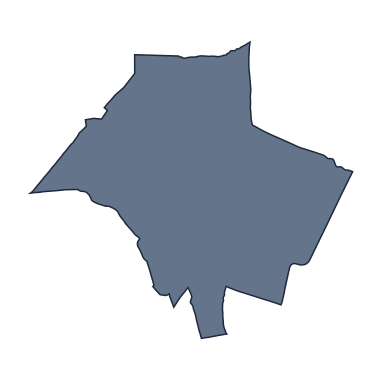 Tocatlán, Tlaxcala, Mexico, rotated 267°
{"feature_id": "50627088B10833441398777", "entity_name": "Tocatlán", "entity_type": "district", "adm_level": 2, "iso_a3": "MEX", "parent_name": "Mexico", "parent_adm1": "Tlaxcala", "projection": "mercator", "projection_center": [-98.02, 19.391], "detail": "fine", "context": "isolated", "style": "filled", "palette": "slate", "viewbox_px": 384, "rotation_deg": 267, "n_neighbors": 0, "source": "geoboundaries", "source_scale": "gbopen_adm2", "svg_char_len": 4620}
<svg xmlns="http://www.w3.org/2000/svg" viewBox="0 0 384 384"><g transform="rotate(267 192 192)"><path d="M332.1,141.9L313.4,141.0L300.0,129.4L297.3,126.1L294.9,122.9L292.7,120.2L289.7,117.4L287.1,114.9L284.6,112.2L282.9,110.7L280.8,108.8L277.9,111.8L269.6,105.5L269.7,104.5L270.7,97.6L270.6,97.2L270.5,96.6L269.7,89.3L265.3,89.7L263.1,89.9L258.0,84.0L257.2,82.8L253.0,80.1L251.3,78.6L247.0,75.3L246.2,74.0L241.7,69.8L240.7,69.2L236.0,64.6L235.5,64.5L230.6,59.9L225.2,55.2L224.7,54.4L220.3,50.7L214.4,45.1L203.6,35.3L200.9,32.9L199.3,30.5L199.7,35.4L199.6,39.0L200.1,43.4L200.4,55.3L200.6,61.0L200.9,65.6L200.5,77.6L199.7,79.1L198.8,80.5L198.5,81.4L198.5,82.3L198.3,83.6L197.4,86.3L196.8,87.1L196.2,87.5L194.1,89.3L192.3,90.2L189.9,91.0L188.9,91.4L188.1,92.3L187.0,93.9L185.1,97.4L184.7,98.8L182.4,104.8L182.3,105.6L182.3,107.0L182.0,108.2L181.8,109.0L181.1,110.1L180.0,112.4L178.7,114.3L177.4,115.8L176.7,116.5L176.0,116.9L174.3,117.6L172.3,118.6L170.2,119.9L164.2,124.2L164.0,123.9L160.4,126.8L156.4,130.0L154.9,131.1L153.7,132.0L152.2,133.1L150.7,134.9L148.8,136.9L148.1,137.3L147.7,137.1L145.5,135.4L144.8,135.1L144.2,134.9L143.4,134.7L142.6,134.8L140.3,135.0L139.9,135.5L139.2,135.8L138.0,136.3L137.0,136.8L135.5,137.5L134.6,137.8L133.1,138.4L131.5,139.0L129.5,139.6L129.2,139.8L128.5,140.2L126.1,142.1L125.7,142.7L125.6,143.2L121.8,144.1L120.6,144.5L119.5,144.8L113.4,146.3L110.8,146.8L109.4,147.2L107.3,147.6L106.0,148.0L102.8,148.7L100.8,149.2L100.4,148.9L99.7,147.9L97.6,149.5L95.2,151.3L91.2,154.7L91.0,155.3L91.0,155.6L90.8,156.4L90.4,158.5L90.1,159.8L90.0,160.6L90.4,161.9L91.2,163.3L91.5,164.0L90.8,164.0L90.3,164.1L89.2,164.2L77.9,167.8L83.8,172.0L85.2,173.0L87.0,174.4L88.7,175.8L90.6,177.5L91.5,178.5L91.8,178.7L93.1,179.8L95.7,182.0L96.8,183.1L94.8,183.8L91.6,185.1L90.0,185.7L87.8,186.3L87.1,186.3L86.8,186.2L82.3,184.6L81.8,184.6L81.4,184.7L78.8,186.5L78.5,186.7L78.0,186.9L77.5,187.0L77.0,187.0L76.5,187.1L75.9,187.2L75.3,187.3L73.7,187.8L71.6,188.3L69.7,188.9L67.2,189.3L66.8,189.4L65.1,189.6L62.8,190.0L60.4,190.5L57.8,191.0L53.8,191.7L50.1,192.7L48.3,193.1L45.3,193.7L45.3,194.0L45.5,195.5L45.7,196.6L45.8,198.0L45.9,199.0L46.1,201.5L46.5,204.4L47.2,209.4L47.8,214.4L48.2,217.6L48.3,218.2L48.3,218.7L48.4,218.9L48.4,219.3L49.5,218.6L54.3,217.1L55.7,216.7L58.2,216.4L59.4,216.4L61.4,216.4L64.4,216.3L66.3,216.3L68.2,216.3L69.8,216.5L71.2,216.4L73.0,216.2L74.0,216.4L76.1,216.5L78.1,216.7L79.7,216.9L80.8,217.4L81.8,217.8L84.2,217.6L85.3,217.8L86.3,218.5L87.4,219.1L88.3,219.1L89.1,218.9L90.4,219.2L91.5,219.6L93.4,220.3L94.4,220.6L95.8,221.1L95.7,221.4L95.6,221.8L95.5,222.3L94.4,224.2L93.3,226.7L92.4,228.7L90.1,234.0L88.9,237.5L86.3,244.4L84.2,249.9L81.5,257.1L81.0,258.4L80.4,260.0L79.3,263.3L78.0,266.3L77.1,269.0L74.6,274.9L76.5,275.8L78.9,276.6L85.5,278.5L88.0,279.1L91.6,280.0L92.5,280.3L98.5,281.9L100.9,282.6L107.2,284.3L112.0,285.8L112.6,286.0L113.5,286.7L114.0,287.2L115.0,288.6L115.2,290.4L115.0,291.7L114.6,292.7L114.1,294.4L113.5,296.4L113.4,298.1L113.5,299.6L113.7,300.8L114.0,301.8L114.9,303.3L116.6,305.1L118.3,306.2L121.0,307.7L129.0,312.1L136.1,316.0L144.9,320.9L153.0,325.4L179.3,339.7L203.9,353.5L205.1,350.8L205.7,348.6L206.0,346.9L206.3,345.7L207.0,344.9L207.9,344.0L208.5,343.3L209.1,342.5L209.4,341.5L209.4,338.6L209.7,338.0L210.3,337.3L211.6,336.7L213.5,336.1L215.2,335.6L216.7,335.0L217.6,334.3L217.9,333.4L218.1,331.6L218.2,330.0L218.6,329.1L219.9,327.7L220.9,326.7L221.7,325.5L222.3,324.1L225.4,316.4L227.6,310.5L229.0,306.8L230.3,303.2L231.2,301.1L232.9,297.8L235.9,292.1L244.3,275.5L248.1,268.3L250.2,264.7L252.7,260.8L254.6,257.7L255.1,256.6L255.9,255.9L256.8,255.6L258.8,255.2L261.7,254.9L264.4,254.9L267.7,254.9L270.4,254.8L271.6,254.7L273.2,254.7L275.6,254.9L279.4,255.2L282.2,255.2L285.0,255.2L287.2,255.6L289.3,255.9L292.0,256.1L294.5,256.0L298.4,255.9L305.4,255.7L309.0,255.5L313.7,255.3L317.6,255.5L320.6,255.6L324.7,255.9L328.7,256.4L333.9,256.9L337.5,257.6L338.7,257.8L337.6,255.6L336.3,253.5L335.1,250.9L334.1,248.8L333.9,248.0L333.3,247.5L332.6,246.6L332.4,246.2L332.4,245.8L332.6,245.0L332.6,244.4L332.4,244.0L332.0,243.6L331.5,243.2L331.0,242.7L330.9,242.1L331.0,241.2L331.0,240.3L331.1,239.4L331.0,238.4L330.9,238.0L330.5,237.6L330.1,237.3L329.6,237.0L328.9,235.9L328.6,235.2L328.2,234.1L327.2,233.6L326.9,232.8L327.0,231.2L326.4,229.6L326.1,228.1L325.7,224.9L326.1,223.3L326.6,219.5L326.6,215.9L327.1,211.8L327.5,208.0L327.2,205.1L326.8,203.6L326.6,201.5L326.8,198.7L326.6,195.6L326.0,191.8L325.9,190.7L326.4,189.9L326.9,189.3L327.3,188.8L327.4,188.1L327.3,187.2L328.5,185.7L332.1,141.9Z" fill="#64748b" stroke="#1e293b" stroke-width="1.5"/></g></svg>